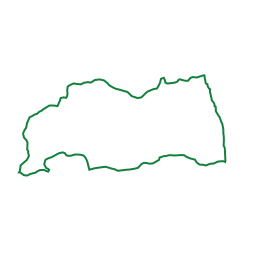 Germasogeia, Limassol, Cyprus, rotated 281°
{"feature_id": "46923920B41569206347275", "entity_name": "Germasogeia", "entity_type": "district", "adm_level": 2, "iso_a3": "CYP", "parent_name": "Cyprus", "parent_adm1": "Limassol", "projection": "natural_earth1", "projection_center": [33.082, 34.721], "detail": "fine", "context": "isolated", "style": "outline", "palette": "green", "viewbox_px": 256, "rotation_deg": 281, "n_neighbors": 0, "source": "geoboundaries", "source_scale": "gbopen_adm2", "svg_char_len": 2473}
<svg xmlns="http://www.w3.org/2000/svg" viewBox="0 0 256 256"><g transform="rotate(281 128 128)"><path d="M63.6,29.5L63.7,30.9L61.8,34.9L62.1,38.1L64.3,41.0L66.5,45.7L67.4,46.6L68.1,47.2L69.9,49.6L70.8,53.5L70.2,56.0L69.9,57.9L71.8,58.6L72.7,57.3L73.0,55.5L74.6,54.0L76.5,52.7L80.6,52.9L81.9,54.0L83.3,56.0L84.9,58.8L90.0,64.9L91.6,68.5L91.2,70.9L89.7,72.3L89.2,74.1L89.9,77.2L91.8,80.9L92.4,83.9L92.7,86.9L92.5,89.5L91.3,91.2L89.8,92.7L87.5,94.3L79.7,98.0L82.3,103.4L84.4,109.5L85.7,113.5L85.1,119.1L84.9,122.9L84.1,126.5L85.4,130.3L86.6,134.0L87.6,137.7L89.5,142.7L90.8,145.4L92.9,146.7L95.4,148.3L96.9,150.5L97.1,153.1L97.1,156.2L98.2,159.5L102.7,164.6L105.0,164.6L107.0,168.1L108.1,171.4L109.3,174.0L109.9,178.7L110.7,182.0L111.5,184.9L112.0,188.3L110.9,190.7L110.1,194.2L109.8,197.7L109.8,199.6L107.2,202.1L105.7,205.5L106.2,207.9L106.1,211.6L108.1,214.7L108.9,216.2L109.4,218.8L111.0,221.0L112.3,222.9L113.1,225.7L113.6,228.3L113.2,229.8L114.2,229.9L125.4,227.2L127.2,226.6L129.0,225.2L132.8,224.7L135.0,224.3L138.7,223.4L141.0,222.6L142.6,222.3L144.7,221.9L147.7,220.7L149.8,219.9L151.8,218.4L155.3,216.4L156.7,215.3L157.5,214.4L159.9,212.2L161.1,211.1L165.6,210.0L166.0,208.7L167.1,208.6L168.7,207.8L169.8,206.7L170.9,205.2L173.2,204.2L176.0,203.0L178.2,202.0L179.1,201.5L181.7,201.2L182.2,200.0L184.2,198.3L185.3,197.8L186.2,197.6L186.3,197.0L186.7,195.9L188.0,195.3L189.1,194.9L190.9,194.1L194.2,193.0L194.2,192.5L194.2,192.2L193.4,190.8L190.7,185.7L190.3,181.6L188.9,179.6L185.7,177.8L185.3,174.8L185.5,171.6L185.7,169.9L185.1,168.6L183.0,167.6L181.5,165.3L180.5,162.4L179.2,158.5L179.6,156.1L182.1,155.0L184.1,153.6L182.6,151.0L178.4,150.8L174.5,149.7L172.2,148.8L171.2,145.9L167.6,140.4L165.6,138.7L160.7,135.4L159.2,131.8L160.0,125.5L161.8,122.9L163.3,120.5L163.5,117.3L164.0,112.7L164.1,108.9L164.8,105.9L165.8,103.1L166.6,101.1L168.1,99.3L170.1,95.5L170.3,91.2L170.1,90.3L169.2,87.7L168.8,86.3L165.5,82.9L165.3,79.6L163.9,76.0L161.9,73.6L161.5,70.3L161.3,66.0L158.4,62.0L157.0,60.9L153.6,61.1L150.0,62.1L147.4,62.1L145.8,61.5L145.8,59.0L144.5,56.2L141.7,55.9L136.0,54.6L136.0,52.0L135.9,51.3L135.6,49.4L135.1,46.6L132.3,43.5L130.9,42.0L128.2,39.5L126.9,37.7L126.5,37.4L124.5,35.9L123.3,33.6L121.5,31.8L119.8,29.4L113.2,27.9L108.7,28.0L106.8,27.0L103.1,26.1L102.1,26.2L98.8,27.7L97.8,29.0L96.4,30.9L94.2,32.2L90.8,32.7L87.6,33.2L86.1,34.5L84.9,34.6L81.6,36.1L77.3,34.8L71.0,29.8L64.6,30.0L63.6,29.5Z" fill="none" stroke="#15803d" stroke-width="2"/></g></svg>